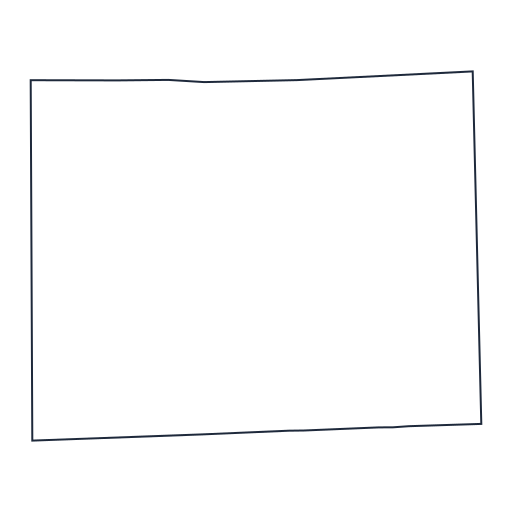 the district of Lenawee, Michigan, United States of America
{"feature_id": "52423323B88893072564030", "entity_name": "Lenawee", "entity_type": "district", "adm_level": 2, "iso_a3": "USA", "parent_name": "United States of America", "parent_adm1": "Michigan", "projection": "equal_earth", "projection_center": [-84.024, 41.895], "detail": "fine", "context": "isolated", "style": "outline", "palette": "slate", "viewbox_px": 512, "rotation_deg": 0, "n_neighbors": 0, "source": "geoboundaries", "source_scale": "gbopen_adm2", "svg_char_len": 311}
<svg xmlns="http://www.w3.org/2000/svg" viewBox="0 0 512 512"><path d="M393.2,427.3L408.8,426.2L481.3,423.9L472.7,71.4L297.1,80.1L204.2,82.1L168.3,79.9L117.5,80.4L30.7,80.2L32.3,440.6L202.2,434.4L288.7,430.7L304.1,430.5L378.6,427.4L393.0,427.3L393.2,427.3Z" fill="none" stroke="#1e293b" stroke-width="2"/></svg>